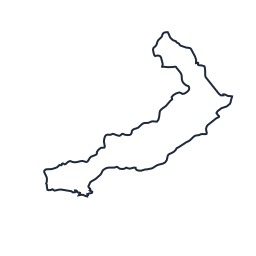 an SVG outline of Xaignabouri, rotated 52°
{"feature_id": "LAO-3278", "entity_name": "Xaignabouri", "entity_type": "Province", "adm_level": 1, "iso_a3": "LAO", "parent_name": "Laos", "parent_adm1": "", "projection": "natural_earth1", "projection_center": [101.237, 18.696], "detail": "fine", "context": "isolated", "style": "outline", "palette": "slate", "viewbox_px": 256, "rotation_deg": 52, "n_neighbors": 0, "source": "natural_earth", "source_scale": "10m", "svg_char_len": 4291}
<svg xmlns="http://www.w3.org/2000/svg" viewBox="0 0 256 256"><g transform="rotate(52 128 128)"><path d="M75.7,43.5L75.3,42.8L75.0,41.7L75.3,40.2L76.9,37.7L79.2,38.1L82.2,39.0L84.5,38.9L86.8,38.4L88.9,36.9L90.4,37.0L91.8,36.4L92.5,36.0L93.2,35.9L94.2,36.1L95.1,36.0L95.7,35.7L100.6,32.5L101.6,31.4L102.8,30.3L103.6,29.8L104.6,29.7L113.1,31.2L116.3,32.4L118.7,34.5L119.0,33.9L119.4,33.1L119.6,32.7L120.1,32.7L121.1,33.9L122.2,33.5L123.9,31.6L125.7,30.2L126.3,29.9L127.2,30.0L127.9,30.4L128.5,30.8L129.9,31.6L134.4,35.0L136.0,35.5L156.9,35.3L159.5,34.7L161.0,32.7L160.2,32.1L161.1,31.1L162.6,30.3L163.7,29.9L164.4,29.4L166.4,27.2L167.2,26.5L168.8,28.7L169.8,30.1L170.9,31.3L171.7,32.9L171.8,36.8L170.5,40.6L169.9,42.1L169.9,47.1L170.7,49.1L172.7,49.2L174.7,49.0L175.3,49.6L174.7,52.5L174.8,63.5L175.1,64.6L175.7,65.7L176.5,66.8L177.6,67.6L180.4,69.0L181.0,69.9L180.6,70.7L178.3,73.4L177.7,74.7L177.4,76.3L175.8,79.0L175.4,80.1L175.3,81.6L175.8,86.5L175.7,88.2L175.1,90.9L174.4,98.9L174.3,100.4L174.0,101.3L173.9,102.2L174.2,102.9L174.5,103.5L174.7,104.3L174.9,106.0L174.8,107.9L174.1,110.9L173.9,112.4L174.3,113.7L177.2,117.3L178.0,120.0L177.5,122.5L175.4,127.4L175.1,129.1L174.8,132.6L174.5,134.1L172.3,138.5L171.2,140.1L169.7,144.0L169.0,144.8L168.8,145.1L167.3,146.5L166.5,146.9L165.6,147.1L164.7,147.0L164.0,146.5L162.9,147.6L161.6,150.6L160.9,151.9L159.3,153.1L158.3,153.6L158.0,154.4L158.0,155.3L157.8,156.1L157.1,157.2L156.1,158.5L154.9,159.6L153.7,160.0L152.2,160.3L151.5,161.1L151.2,162.2L150.6,163.4L147.3,167.6L146.1,170.3L145.8,173.6L146.2,174.7L147.5,177.3L147.8,178.3L148.2,184.2L148.0,186.7L147.6,189.0L147.5,191.1L149.0,193.9L149.3,194.7L149.8,195.3L150.9,195.5L152.5,195.2L153.1,195.4L153.5,196.7L154.0,196.7L154.5,196.2L155.5,195.6L156.4,195.5L156.9,196.4L156.7,197.0L155.4,199.5L155.4,200.0L155.9,200.4L156.0,200.5L155.2,200.9L156.8,202.3L155.4,203.4L153.1,204.5L151.7,206.1L151.4,206.8L151.1,207.4L150.8,208.0L150.7,208.2L150.0,206.6L149.9,206.1L149.8,205.8L149.6,205.7L149.4,205.8L149.0,206.1L148.1,207.1L147.1,207.2L146.0,207.1L145.1,207.5L144.6,208.2L145.1,208.4L145.8,208.5L146.2,208.6L146.1,209.1L146.0,209.3L144.8,211.1L144.3,211.3L143.8,211.3L142.9,211.6L135.2,218.7L133.9,220.7L132.5,223.7L132.1,224.4L131.3,224.8L130.3,225.0L129.6,225.4L129.5,226.7L128.3,228.6L127.9,229.0L127.2,229.5L126.7,229.3L124.7,228.3L122.6,226.9L121.4,226.7L120.5,225.3L119.3,224.1L118.1,223.2L116.7,222.4L113.7,221.7L111.2,221.2L110.1,220.2L110.0,218.4L111.0,216.7L113.3,213.6L114.8,209.9L114.9,209.3L115.3,207.8L115.1,206.1L115.0,205.3L115.1,204.6L115.6,204.1L116.2,203.7L116.3,203.5L116.3,203.3L116.3,203.1L116.2,203.0L115.8,202.4L115.6,201.9L115.7,201.3L116.2,200.9L117.7,200.2L118.0,199.2L117.8,196.4L118.1,194.7L118.6,193.8L120.8,192.5L122.6,190.6L123.7,188.6L124.6,186.5L125.8,184.3L126.8,183.5L129.0,181.9L129.5,180.8L129.3,179.7L128.1,176.6L127.9,175.0L128.2,173.6L129.2,170.5L129.4,169.2L129.1,168.5L128.7,168.0L128.2,167.7L127.8,167.3L127.2,165.6L127.0,165.0L126.9,162.1L127.1,161.3L127.5,160.7L128.6,159.2L128.9,158.7L128.2,157.6L123.8,155.3L123.2,154.7L121.6,153.0L120.6,151.5L120.1,150.1L120.5,148.4L122.5,146.1L123.0,144.5L123.2,143.7L123.5,143.3L127.9,140.5L128.9,139.5L129.1,138.6L129.0,136.7L129.2,135.9L129.7,135.4L130.9,134.9L131.5,134.5L133.5,132.5L134.4,131.1L134.7,129.9L134.4,128.6L132.7,126.7L132.4,125.2L132.6,123.9L133.6,121.2L134.0,119.8L133.6,114.9L133.7,113.3L134.2,111.9L135.9,109.7L136.6,108.4L137.3,105.7L137.8,104.6L140.8,101.3L140.2,98.9L138.3,96.5L135.3,93.5L134.4,92.5L134.0,91.2L133.8,89.3L134.0,84.5L132.6,77.6L132.6,77.1L132.7,76.7L132.7,76.2L132.5,75.5L132.1,75.2L130.9,74.9L130.5,74.5L130.0,72.1L130.4,68.7L131.5,65.8L133.0,64.7L134.6,64.2L135.6,62.4L135.9,60.1L135.8,58.0L135.5,57.0L135.2,56.1L134.6,55.5L133.7,54.9L132.5,54.6L131.8,54.8L131.2,55.3L130.4,55.8L128.7,56.3L126.7,56.6L124.7,56.4L122.8,55.6L119.8,53.5L118.2,52.8L116.3,52.6L110.1,52.7L109.7,52.6L109.4,52.6L108.7,53.1L108.4,53.5L107.6,55.1L104.8,58.9L101.6,62.3L100.9,63.4L100.4,63.2L99.9,62.3L99.3,61.5L98.2,60.9L92.6,58.5L90.8,58.6L89.3,59.8L88.5,61.2L88.0,62.3L86.7,62.4L84.8,61.7L82.8,60.7L81.5,59.9L80.7,58.9L80.5,57.7L80.5,56.3L80.2,55.0L79.7,53.9L78.3,51.9L77.7,50.9L77.3,49.5L77.1,46.8L76.9,45.5L76.4,44.5L75.7,43.5Z" fill="none" stroke="#1e293b" stroke-width="2"/></g></svg>